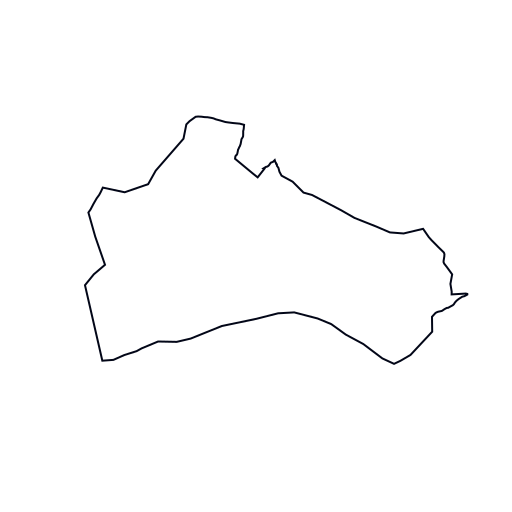 Oguta, Imo, Nigeria, rotated 338°
{"feature_id": "59680162B16893313163973", "entity_name": "Oguta", "entity_type": "district", "adm_level": 2, "iso_a3": "NGA", "parent_name": "Nigeria", "parent_adm1": "Imo", "projection": "mercator", "projection_center": [6.853, 5.658], "detail": "fine", "context": "isolated", "style": "outline", "palette": "ink", "viewbox_px": 512, "rotation_deg": 338, "n_neighbors": 0, "source": "geoboundaries", "source_scale": "gbopen_adm2", "svg_char_len": 2008}
<svg xmlns="http://www.w3.org/2000/svg" viewBox="0 0 512 512"><g transform="rotate(338 256 256)"><path d="M437.5,370.9L437.7,370.3L436.4,369.4L423.0,364.9L424.1,362.3L425.8,354.7L431.0,346.5L428.8,337.7L427.6,333.5L427.6,331.9L428.1,330.8L430.4,327.0L431.4,324.9L431.5,323.2L430.8,321.5L428.4,316.1L427.1,312.9L424.7,307.2L423.3,303.3L421.1,293.4L401.3,290.4L389.0,284.3L378.6,273.8L370.2,265.8L361.6,257.6L352.1,245.5L330.8,220.4L323.8,215.0L317.8,200.8L309.8,191.1L309.3,186.7L309.8,182.7L309.5,181.4L309.2,180.2L309.7,178.8L309.1,178.0L309.4,176.9L309.1,176.2L309.3,174.1L306.9,175.1L304.9,175.0L304.2,175.3L301.9,176.8L300.7,177.2L299.6,177.3L298.6,177.1L295.7,177.6L296.4,178.3L287.0,183.7L283.9,178.2L273.0,158.0L273.2,157.6L273.8,156.6L274.2,155.9L274.7,155.5L275.4,155.2L275.6,155.0L276.0,155.0L276.5,154.6L276.9,154.2L277.4,153.5L278.4,152.0L279.2,150.7L280.2,149.9L281.1,148.9L282.0,148.3L282.8,147.4L283.7,146.4L285.5,143.6L286.2,142.4L286.9,141.8L287.5,141.4L288.1,140.9L288.6,140.5L288.9,140.1L289.4,139.1L289.8,138.1L290.4,136.7L290.9,135.4L291.8,134.2L292.5,133.0L294.1,129.9L290.5,127.2L287.0,125.4L284.5,124.1L280.2,121.7L277.8,120.3L273.5,116.9L269.9,114.2L268.2,112.5L266.2,111.1L262.9,109.1L260.6,108.1L257.6,106.4L254.6,105.0L252.2,104.3L244.9,106.1L240.7,107.9L232.7,120.1L195.0,139.3L182.9,149.0L158.1,147.7L139.6,135.2L135.9,138.6L133.5,140.6L129.8,142.9L124.7,146.9L120.0,150.9L116.9,152.9L114.2,177.8L112.7,207.6L98.8,212.2L86.5,219.0L83.0,241.0L74.3,295.5L84.9,298.9L96.8,298.5L109.7,299.5L115.4,298.8L133.2,298.6L150.3,305.9L164.5,308.1L198.0,308.1L232.9,314.4L255.0,317.4L270.3,322.6L289.7,337.0L300.3,347.4L309.8,362.5L322.5,377.8L334.8,398.3L343.6,407.7L350.6,407.3L362.2,405.6L391.0,392.2L396.4,378.3L401.0,376.1L402.2,375.9L404.0,375.9L407.4,376.5L408.1,376.5L410.8,375.9L413.4,375.6L414.7,376.0L418.7,375.5L419.9,375.4L421.3,374.9L423.1,373.6L425.2,372.6L427.8,371.8L432.0,371.0L434.0,371.3L436.2,371.1L437.5,370.9Z" fill="none" stroke="#020617" stroke-width="2"/></g></svg>